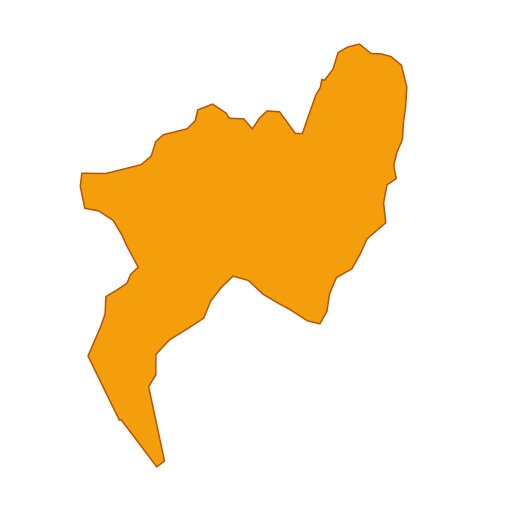 Katrineholm, Södermanland, Sweden (Mercator projection), rotated 256°
{"feature_id": "70781695B59557682139675", "entity_name": "Katrineholm", "entity_type": "district", "adm_level": 2, "iso_a3": "SWE", "parent_name": "Sweden", "parent_adm1": "Södermanland", "projection": "mercator", "projection_center": [16.311, 59.03], "detail": "fine", "context": "isolated", "style": "filled", "palette": "amber", "viewbox_px": 512, "rotation_deg": 256, "n_neighbors": 0, "source": "geoboundaries", "source_scale": "gbopen_adm2", "svg_char_len": 1160}
<svg xmlns="http://www.w3.org/2000/svg" viewBox="0 0 512 512"><g transform="rotate(256 256 256)"><path d="M256.6,389.4L256.8,389.9L276.8,392.7L293.3,400.3L297.2,410.8L310.2,411.5L322.0,417.5L333.9,426.4L349.7,431.3L364.5,437.2L383.3,443.2L406.0,443.2L416.8,435.3L421.8,426.4L424.7,416.5L436.6,407.6L436.6,395.7L433.6,384.9L418.8,376.0L409.9,365.1L411.4,362.6L404.0,359.2L398.1,353.3L377.3,339.5L363.5,330.6L365.5,323.7L390.2,313.8L394.1,301.9L389.2,293.0L380.3,283.2L392.1,277.2L396.1,263.4L402.0,261.4L413.9,250.6L411.9,234.8L402.0,229.8L396.1,220.0L396.1,195.3L391.2,186.4L378.3,178.5L372.4,166.6L372.4,130.1L378.4,107.1L366.5,102.4L343.7,101.4L337.8,114.3L325.0,126.1L308.2,131.1L297.3,133.0L273.6,139.0L268.7,130.1L260.8,124.2L256.8,113.3L252.9,100.5L236.1,95.5L224.2,87.6L199.6,68.8L129.8,83.7L129.6,85.6L75.4,108.7L79.2,117.6L155.1,120.2L165.0,130.1L184.7,135.0L195.6,151.8L202.5,173.5L208.4,190.3L223.3,201.2L234.1,215.0L242.0,228.8L234.1,242.7L217.3,253.5L205.5,265.4L195.6,276.2L180.8,290.1L174.7,301.6L185.3,311.5L201.8,318.4L215.5,328.7L220.4,345.9L232.7,357.6L245.8,367.9L256.6,389.4Z" fill="#f59e0b" stroke="#b45309" stroke-width="1.5"/></g></svg>